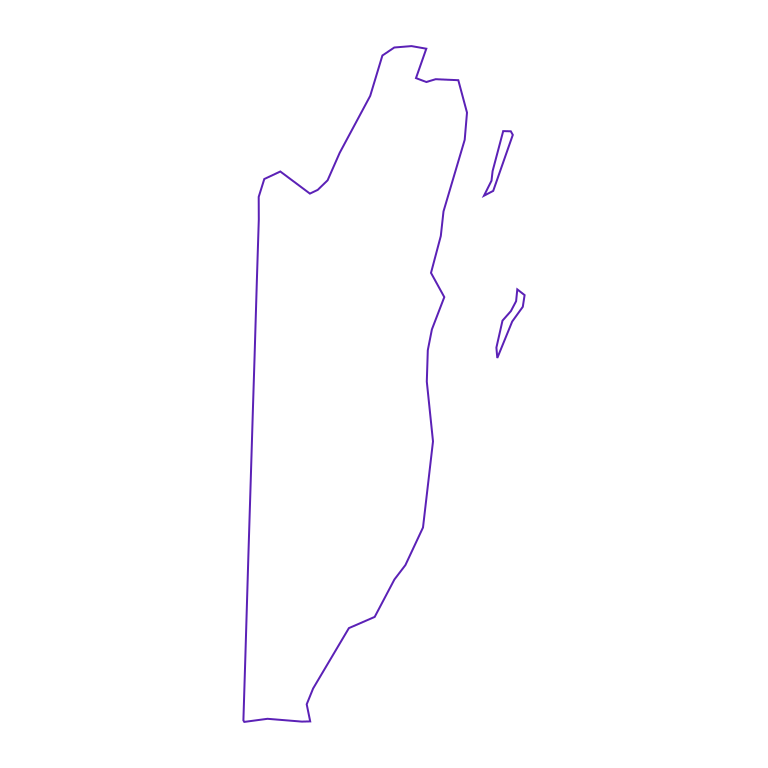 map outline of Belize (Equal Earth projection)
{"feature_id": "BLZ", "entity_name": "Belize", "entity_type": "country or territory", "adm_level": 0, "iso_a3": "BLZ", "parent_name": "North America", "parent_adm1": "", "projection": "equal_earth", "projection_center": [-88.465, 17.185], "detail": "fine", "context": "isolated", "style": "outline", "palette": "violet", "viewbox_px": 768, "rotation_deg": 0, "n_neighbors": 0, "source": "natural_earth", "source_scale": "50m", "svg_char_len": 900}
<svg xmlns="http://www.w3.org/2000/svg" viewBox="0 0 768 768"><path d="M258.8,219.5L258.7,196.9L264.3,179.0L280.3,171.5L301.2,187.1L309.9,193.6L317.7,189.9L327.6,180.3L339.7,152.8L370.2,95.9L382.4,55.5L394.3,47.5L411.5,46.1L426.3,48.7L416.0,78.1L426.3,82.0L435.7,79.2L458.3,80.2L467.0,112.6L464.7,139.8L443.5,211.4L440.8,236.0L431.0,272.9L444.3,297.1L431.9,329.4L427.8,350.2L426.8,381.6L433.0,441.4L423.0,527.5L405.4,565.1L394.4,579.5L374.7,616.9L348.9,628.1L313.1,688.5L306.7,704.3L310.2,721.4L301.8,721.6L267.5,718.8L244.3,721.9L243.4,720.4L245.4,655.5L248.4,555.1L250.7,481.5L252.9,409.7L254.6,355.8L256.8,282.6L258.8,219.5ZM493.2,190.9L484.0,195.7L491.5,180.7L492.6,171.1L503.2,131.1L510.8,131.3L512.8,134.9L493.2,190.9ZM512.2,321.5L497.3,358.0L496.4,347.6L502.5,320.6L510.9,311.1L516.1,301.2L517.3,289.4L524.6,295.1L522.8,306.8L512.2,321.5Z" fill="none" stroke="#5b21b6" stroke-width="2"/></svg>